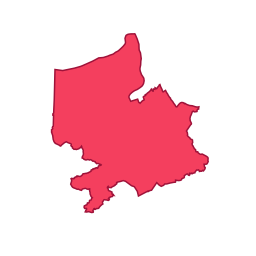 Musi Banyuasin, Sumatera Selatan, Indonesia, rotated 286°
{"feature_id": "22746128B84212736337013", "entity_name": "Musi Banyuasin", "entity_type": "district", "adm_level": 2, "iso_a3": "IDN", "parent_name": "Indonesia", "parent_adm1": "Sumatera Selatan", "projection": "orthographic", "projection_center": [103.65, -2.496], "detail": "fine", "context": "isolated", "style": "filled", "palette": "rose", "viewbox_px": 256, "rotation_deg": 286, "n_neighbors": 0, "source": "geoboundaries", "source_scale": "gbopen_adm2", "svg_char_len": 5750}
<svg xmlns="http://www.w3.org/2000/svg" viewBox="0 0 256 256"><g transform="rotate(286 128 128)"><path d="M164.1,41.7L134.9,49.3L123.6,52.0L122.0,52.4L120.8,51.9L119.6,52.3L119.8,52.9L109.4,55.6L109.0,55.6L108.6,55.2L107.3,55.2L106.8,55.7L106.4,55.8L105.1,55.0L103.2,55.8L103.0,55.6L100.0,57.7L96.5,59.2L94.9,60.3L93.8,61.4L93.6,62.0L93.2,62.3L92.6,66.4L92.1,67.5L92.1,68.3L93.1,68.7L96.4,71.0L97.8,72.5L97.4,73.8L97.1,77.2L96.8,77.9L96.2,78.1L95.3,78.0L94.8,78.7L94.6,79.6L93.4,80.2L93.2,80.9L92.6,81.9L93.2,83.5L93.0,84.1L94.5,86.5L95.1,86.7L95.6,87.4L96.5,87.9L97.7,88.3L97.1,88.8L96.3,89.0L95.3,90.3L94.1,91.2L92.9,91.4L90.9,92.3L89.6,92.4L87.5,92.0L86.5,92.2L86.4,93.6L85.8,94.2L85.6,95.9L85.9,96.9L86.6,97.9L86.7,99.2L86.6,99.8L87.2,100.5L87.2,101.1L86.9,102.4L86.6,102.7L86.4,103.1L86.7,103.8L86.5,104.5L86.6,105.7L85.8,106.2L85.6,107.0L85.1,107.6L85.7,109.0L85.5,110.1L85.3,110.4L85.5,110.9L85.1,111.3L85.4,112.0L85.2,112.4L84.7,112.2L83.4,110.1L82.3,110.1L82.0,109.9L81.0,109.9L80.9,109.5L81.2,108.9L81.1,108.5L80.9,108.1L80.2,107.9L80.0,107.6L79.8,107.2L79.9,106.8L79.6,106.5L79.2,106.4L79.1,105.6L78.3,105.6L77.9,104.9L77.7,104.4L77.5,104.2L76.1,104.3L75.7,103.7L74.9,103.2L74.7,102.7L74.0,102.2L73.4,101.0L73.1,100.8L72.8,100.4L72.6,99.4L72.2,98.9L71.6,97.4L69.6,96.7L68.2,95.4L67.9,93.5L68.1,93.1L67.8,92.4L67.8,92.1L67.6,92.0L67.4,92.5L67.2,92.5L66.4,91.0L65.9,90.8L65.7,90.2L64.8,89.9L64.6,90.1L64.3,89.9L64.2,89.4L64.1,87.7L63.6,87.2L63.4,87.3L63.1,87.9L62.7,87.9L61.7,88.4L58.2,88.4L56.4,90.2L55.8,91.1L55.5,92.2L55.4,94.0L55.1,96.0L55.6,97.3L55.3,98.3L55.2,100.4L55.4,100.6L56.5,100.8L56.9,101.2L58.2,103.5L58.2,104.6L58.0,105.2L58.0,105.7L58.3,107.0L58.8,107.4L58.9,108.0L58.6,108.1L58.0,108.0L57.6,108.3L57.2,108.3L56.5,108.7L55.8,109.2L54.1,109.8L52.0,111.4L51.1,112.9L50.5,112.4L48.9,112.5L48.4,112.0L48.0,111.2L47.6,111.0L46.7,111.2L45.5,111.1L45.0,110.5L44.9,109.8L44.6,109.6L44.0,109.8L43.5,109.6L43.0,109.7L42.7,109.5L42.3,108.7L41.6,108.1L41.2,107.5L40.7,107.6L39.9,107.5L38.8,108.4L38.7,108.8L39.2,109.9L39.2,110.3L38.9,110.5L38.0,110.6L37.2,110.2L35.6,110.0L35.8,111.3L36.8,113.4L36.7,116.2L37.2,117.5L37.5,117.8L37.9,117.8L39.1,116.9L40.1,117.6L41.1,117.5L41.3,117.9L40.7,118.3L40.8,119.1L41.7,119.6L41.7,119.9L42.1,120.3L42.2,121.0L42.7,121.9L44.8,122.6L46.9,123.8L48.0,124.8L49.1,124.1L50.1,123.8L50.6,124.2L52.0,124.5L52.5,124.9L52.7,125.4L52.7,126.3L53.0,127.7L52.9,128.9L53.3,129.5L54.3,129.7L54.5,129.5L54.8,128.8L55.2,129.1L55.9,129.0L56.1,129.2L56.1,129.7L56.7,129.9L57.2,130.5L57.6,131.6L58.1,131.9L59.0,132.0L59.2,132.8L59.4,132.4L59.9,132.4L60.2,132.0L60.0,131.1L60.5,130.9L60.7,130.6L61.6,130.4L62.1,130.1L62.1,129.5L62.4,128.5L62.4,127.1L63.0,126.1L63.9,125.8L64.8,124.7L65.7,124.6L66.4,125.0L65.8,125.5L65.6,126.0L66.0,128.3L67.0,128.9L68.7,130.8L69.2,131.2L69.5,131.2L69.6,131.4L70.0,131.4L70.1,131.7L71.4,132.6L72.5,132.1L73.5,133.5L74.3,135.1L76.1,137.9L76.1,140.3L73.5,147.3L73.3,150.3L69.7,154.4L65.5,156.8L72.9,164.6L72.5,164.9L73.9,166.3L74.7,167.8L83.4,170.7L81.8,173.5L81.1,176.0L82.8,178.1L84.2,178.6L85.0,180.8L86.7,183.6L88.4,187.0L89.0,188.5L89.5,188.6L91.0,188.1L91.3,190.8L91.8,192.2L92.4,193.2L93.1,193.7L94.2,193.8L94.4,194.0L95.5,195.5L96.4,195.7L97.7,195.3L99.7,196.9L100.2,197.8L100.1,198.2L99.4,198.9L99.3,199.9L100.1,200.3L100.9,199.8L101.5,199.7L101.7,202.3L101.8,202.4L102.1,202.2L102.1,202.6L103.0,203.8L103.3,204.6L104.0,204.6L106.5,205.5L106.7,206.5L107.2,207.3L106.5,208.4L105.9,208.6L106.0,209.0L106.6,209.6L106.6,210.2L106.8,210.8L107.8,211.4L107.6,212.4L108.1,212.5L109.0,213.0L109.8,213.2L111.1,213.2L111.4,212.9L111.5,212.4L111.8,212.1L112.5,212.0L114.1,211.1L114.8,213.2L115.3,213.8L116.9,214.2L118.0,214.3L118.7,213.8L120.8,213.4L121.7,212.9L122.4,211.4L123.3,207.1L123.4,206.3L122.8,205.6L122.7,205.1L122.8,204.1L122.9,203.7L123.6,202.1L124.3,201.7L124.3,201.3L123.9,200.2L124.1,199.8L124.7,199.4L125.6,199.1L126.1,198.4L126.2,197.8L126.5,197.3L126.9,197.1L128.2,195.8L128.6,195.6L128.9,195.0L129.5,194.4L130.7,193.9L131.8,194.2L134.2,193.3L134.6,192.6L134.5,191.8L134.8,190.8L135.5,190.3L136.4,188.1L136.9,187.6L137.1,187.2L138.2,187.1L140.1,186.2L141.2,185.0L148.1,187.2L149.2,187.8L149.9,187.7L152.3,185.7L154.4,184.9L156.7,184.8L158.0,185.1L161.3,185.3L162.2,186.0L161.8,187.2L161.9,187.7L162.8,189.7L163.0,189.8L163.8,189.5L164.3,189.5L165.7,190.1L165.7,190.6L167.9,190.3L167.4,189.4L167.1,188.1L167.0,186.7L167.1,183.6L166.6,181.0L166.8,178.0L167.4,175.9L167.4,175.2L167.1,175.2L167.4,174.6L167.6,173.9L167.4,172.9L167.3,172.4L166.7,171.6L166.1,171.1L164.6,170.3L161.8,169.2L161.7,168.3L163.4,166.5L164.2,165.3L165.8,163.6L167.4,161.1L168.4,160.6L169.0,159.4L170.4,157.8L172.0,156.3L172.6,155.4L174.5,153.7L172.4,151.8L172.8,151.3L173.4,150.6L174.3,150.2L176.7,148.0L178.6,146.7L178.1,146.2L177.1,146.1L176.2,145.6L173.7,144.7L174.2,142.9L172.6,143.2L172.5,141.6L170.4,142.0L170.3,141.4L171.8,139.7L170.4,139.3L169.0,138.6L166.7,136.9L165.9,136.6L164.7,135.4L164.1,135.9L163.1,134.8L162.0,134.1L159.6,135.8L157.9,134.2L155.1,132.8L155.5,132.2L155.5,131.4L158.4,129.3L154.4,123.3L154.7,123.0L157.6,120.5L158.8,120.2L160.0,120.4L161.3,120.8L163.7,122.3L165.7,124.0L167.7,126.4L170.2,128.5L171.8,129.7L172.8,130.2L174.9,130.7L177.8,130.5L179.9,129.6L180.4,129.3L183.1,126.2L185.9,124.2L187.2,123.5L188.9,123.0L192.0,122.8L195.8,121.9L198.3,121.6L203.6,119.3L206.0,117.3L206.9,116.9L211.5,115.4L216.1,112.3L220.0,109.1L220.4,108.6L219.1,104.4L218.1,102.2L216.8,100.8L215.9,100.5L213.4,100.4L209.9,101.9L209.1,102.1L207.9,102.0L205.1,100.8L200.5,98.1L199.0,97.0L197.3,95.1L195.7,94.0L194.9,93.3L192.9,90.4L191.5,88.7L189.0,84.9L187.3,80.5L182.6,75.7L175.4,67.1L174.1,65.4L170.8,60.1L165.2,49.4L164.1,41.7Z" fill="#f43f5e" stroke="#9f1239" stroke-width="1.5"/></g></svg>